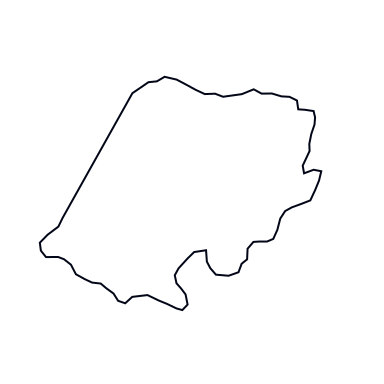 Aloândia, Goiás, Brazil (Robinson projection), rotated 33°
{"feature_id": "56859067B93874841442887", "entity_name": "Aloândia", "entity_type": "district", "adm_level": 2, "iso_a3": "BRA", "parent_name": "Brazil", "parent_adm1": "Goiás", "projection": "robinson", "projection_center": [-49.451, -17.693], "detail": "fine", "context": "isolated", "style": "outline", "palette": "ink", "viewbox_px": 384, "rotation_deg": 33, "n_neighbors": 0, "source": "geoboundaries", "source_scale": "gbopen_adm2", "svg_char_len": 1136}
<svg xmlns="http://www.w3.org/2000/svg" viewBox="0 0 384 384"><g transform="rotate(33 192 192)"><path d="M289.1,104.2L281.9,107.1L275.8,115.3L270.5,109.6L268.3,93.6L264.2,87.8L260.5,78.5L258.0,68.7L254.6,62.4L249.9,57.9L241.8,61.6L236.1,64.8L230.2,58.1L221.9,59.1L214.9,63.1L205.3,65.9L196.8,71.6L187.8,72.3L180.5,82.8L173.1,89.2L166.2,95.2L157.8,97.0L149.4,102.9L139.6,104.3L126.6,105.3L117.9,106.1L106.3,110.3L102.3,118.3L95.7,123.6L88.2,141.6L97.6,284.2L98.8,293.8L94.2,306.4L92.0,317.4L97.2,323.5L105.0,326.1L115.1,319.4L121.3,318.1L130.1,318.9L139.4,324.2L149.4,323.5L157.5,322.4L165.3,318.5L172.5,319.4L181.5,319.9L189.3,323.5L196.6,321.7L199.0,312.5L210.8,302.7L223.3,301.1L231.7,299.5L242.4,298.1L248.2,296.3L249.6,288.8L242.4,281.4L235.5,278.9L228.7,277.0L222.9,271.2L222.3,263.4L224.5,250.1L226.5,241.2L235.5,233.2L242.4,242.3L248.8,245.9L257.1,248.3L268.3,242.3L274.7,234.0L272.7,225.1L274.9,218.5L269.5,209.3L270.7,200.4L275.8,196.6L281.9,192.7L285.7,187.1L284.2,177.3L280.5,166.2L280.5,157.2L284.1,150.5L290.4,142.1L295.8,134.6L294.2,123.2L292.3,113.2L289.1,104.2Z" fill="none" stroke="#020617" stroke-width="2"/></g></svg>